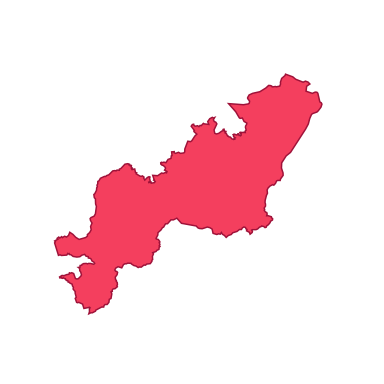 Nhu Thanh, Thanh Hóa, Vietnam, rotated 244°
{"feature_id": "81297802B85505749224324", "entity_name": "Nhu Thanh", "entity_type": "district", "adm_level": 2, "iso_a3": "VNM", "parent_name": "Vietnam", "parent_adm1": "Thanh Hóa", "projection": "natural_earth1", "projection_center": [105.557, 19.588], "detail": "fine", "context": "isolated", "style": "filled", "palette": "rose", "viewbox_px": 384, "rotation_deg": 244, "n_neighbors": 0, "source": "geoboundaries", "source_scale": "gbopen_adm2", "svg_char_len": 6011}
<svg xmlns="http://www.w3.org/2000/svg" viewBox="0 0 384 384"><g transform="rotate(244 192 192)"><path d="M214.0,347.3L215.5,347.3L217.0,346.4L225.6,348.4L226.9,348.0L227.8,346.5L227.9,343.4L232.6,338.7L236.8,341.4L237.4,345.3L239.9,344.5L241.9,342.6L242.0,340.0L247.9,334.6L251.3,333.1L256.9,327.7L255.9,326.7L254.8,322.4L251.9,319.6L250.2,318.9L248.7,317.3L249.6,313.8L250.3,313.2L251.0,310.9L251.5,310.1L252.3,310.1L253.4,309.0L254.2,307.6L253.1,303.9L252.4,296.9L254.1,289.8L254.2,285.9L252.5,283.4L251.6,283.0L248.4,283.6L246.7,282.4L246.5,281.2L247.9,276.5L255.4,263.6L244.9,266.5L238.1,267.0L237.1,267.5L236.4,269.7L232.6,269.7L229.9,271.5L228.8,270.7L227.8,269.1L226.8,268.4L223.9,267.8L223.4,266.4L222.2,266.0L222.7,265.5L222.6,264.8L223.1,264.5L223.6,262.7L224.3,262.2L224.5,261.1L223.5,261.0L223.3,261.8L222.7,261.7L221.8,261.2L221.8,260.4L221.3,260.5L221.3,260.0L222.2,259.7L222.3,259.1L224.0,259.2L224.2,258.7L223.5,257.4L225.6,255.2L225.5,254.0L224.3,254.2L223.5,253.6L221.7,254.6L221.5,253.1L220.8,253.4L220.9,252.5L222.4,251.1L224.5,250.6L225.3,249.4L226.4,249.1L226.6,248.5L229.2,248.5L230.6,247.7L230.7,248.4L231.4,248.4L231.6,248.9L232.2,248.0L234.5,248.3L234.6,247.3L233.4,246.9L233.7,245.5L233.0,241.7L233.5,239.3L234.8,238.2L238.1,239.0L242.3,244.2L244.3,244.0L245.6,242.9L247.6,242.9L249.0,245.0L249.1,243.7L250.2,243.0L250.1,240.1L248.4,237.0L245.4,236.7L247.9,232.8L248.7,232.3L247.6,229.4L248.3,228.5L247.7,226.9L249.1,226.1L249.7,223.7L251.1,223.0L252.2,223.2L252.5,221.9L251.5,220.1L246.3,221.1L246.0,220.4L245.3,220.3L241.9,221.7L241.1,219.2L238.1,214.2L237.9,212.8L239.5,210.5L233.8,204.4L231.2,203.0L230.7,201.8L231.8,198.5L233.6,197.3L233.9,194.2L235.2,193.1L236.1,193.7L237.0,191.3L233.5,190.0L233.6,189.3L231.4,187.8L231.8,184.8L229.8,181.4L231.1,179.9L231.5,178.0L232.1,177.6L232.0,176.7L230.8,176.2L229.3,176.8L228.3,177.9L225.7,178.8L224.6,178.4L223.7,176.9L221.4,178.5L220.4,177.5L221.2,176.7L221.3,174.3L222.4,173.0L221.7,168.3L224.2,164.0L220.1,163.4L219.6,162.8L219.3,163.3L218.8,163.0L217.6,163.6L216.9,162.3L217.8,159.2L218.9,159.6L219.4,157.3L219.9,157.4L219.8,159.1L223.1,160.0L223.8,160.8L224.6,160.1L224.6,158.2L223.4,154.8L225.8,154.7L226.4,155.4L228.2,154.5L228.3,153.4L229.0,152.3L232.8,149.8L233.5,150.7L234.4,149.8L237.8,150.6L238.4,147.9L239.5,147.8L239.7,148.8L241.3,148.3L242.2,149.1L242.9,148.8L243.0,147.8L243.7,147.9L244.1,147.3L244.5,147.8L245.6,146.7L246.4,143.9L244.3,138.4L244.4,136.8L243.4,136.2L244.6,134.2L244.3,133.0L245.1,132.0L245.7,130.0L243.9,124.8L244.2,122.4L243.8,121.2L244.4,120.1L244.5,115.7L242.8,113.2L242.8,112.0L240.6,110.8L239.8,109.6L238.3,109.3L237.6,108.2L235.4,106.9L233.1,103.9L232.8,102.7L229.7,101.7L228.2,102.2L223.5,100.1L221.0,99.8L214.7,95.6L213.2,93.4L213.3,90.0L212.8,88.8L211.0,88.3L207.9,88.5L205.4,85.7L202.2,84.8L200.4,82.2L199.6,79.3L198.1,78.6L197.7,76.4L198.9,69.7L202.3,67.6L206.1,66.4L209.4,64.5L207.1,62.0L206.5,59.5L208.1,58.1L207.8,55.6L209.0,55.3L208.6,53.0L209.9,52.5L209.5,50.5L208.4,50.9L208.2,47.1L207.2,47.4L206.5,46.2L193.6,44.2L193.4,45.9L192.2,46.8L190.2,51.8L191.2,53.4L190.6,53.6L190.5,54.6L189.5,54.4L188.7,55.7L186.2,56.9L184.0,60.0L183.0,62.9L183.5,65.4L183.0,68.2L180.8,68.6L179.4,70.4L178.1,69.9L177.1,71.3L176.1,71.9L173.7,71.9L172.1,73.0L170.6,73.3L170.1,72.0L172.2,69.6L173.2,67.7L173.2,66.6L174.2,65.6L175.2,63.1L175.1,61.3L174.5,60.7L175.0,59.2L173.5,58.3L174.0,56.8L172.6,57.5L170.4,56.6L168.9,56.9L165.9,56.3L165.0,55.0L163.9,51.6L164.4,50.2L165.4,49.3L170.6,49.9L172.2,48.5L172.2,47.4L173.1,46.4L172.0,45.3L172.7,43.2L172.9,40.3L174.0,38.6L173.7,35.7L172.9,35.6L173.1,36.8L173.1,37.7L173.0,36.4L172.3,36.4L171.1,37.9L171.4,38.7L169.7,39.7L169.6,40.2L168.3,40.1L167.2,40.7L166.9,41.5L165.3,41.2L165.0,41.9L163.7,42.3L161.6,43.9L160.2,43.4L158.3,43.6L156.9,42.6L153.5,43.4L152.6,42.7L148.1,41.8L147.6,40.4L143.4,39.9L142.7,40.5L142.4,41.9L139.2,44.5L134.7,43.8L133.3,49.4L132.6,49.6L132.6,48.9L129.3,47.3L127.8,45.9L127.8,48.1L127.1,49.5L127.2,53.0L128.0,53.8L128.2,60.4L127.3,62.2L128.5,63.2L129.0,64.4L128.1,66.5L129.3,69.0L131.8,70.6L131.8,72.5L135.6,75.3L137.7,75.4L137.6,76.8L138.6,77.1L139.4,78.4L139.3,79.6L138.8,80.2L139.6,83.4L140.7,83.4L141.3,84.3L143.3,85.1L145.1,84.8L145.7,85.3L146.8,84.9L149.1,85.7L150.5,88.4L152.4,89.9L153.7,89.5L154.1,88.7L155.7,88.4L157.0,90.0L157.3,92.8L154.6,95.6L156.8,98.6L156.9,100.3L156.3,101.3L156.2,103.1L154.6,106.0L153.9,106.0L151.4,107.5L150.0,109.2L147.7,110.5L147.7,111.7L146.7,113.5L147.4,116.7L146.6,118.2L147.1,119.6L145.9,123.1L147.2,125.5L148.2,126.0L148.5,127.0L151.5,128.2L153.3,130.3L154.7,130.1L154.3,133.6L155.0,134.9L154.9,137.1L157.0,138.5L157.0,139.3L158.2,139.1L158.8,140.1L160.9,140.4L161.1,141.2L161.7,141.3L164.1,140.9L165.4,139.3L166.1,139.4L168.3,142.4L170.4,143.6L171.5,147.5L172.9,149.8L172.9,151.1L175.0,154.2L174.2,156.1L176.2,160.9L175.1,163.2L175.1,166.9L168.5,168.8L159.6,180.9L157.2,181.6L156.0,182.6L154.5,185.1L153.8,190.4L152.0,192.5L149.8,193.8L145.6,192.8L142.9,195.7L142.8,197.5L141.7,198.9L142.7,200.7L140.7,200.8L138.7,202.1L136.2,202.8L137.0,205.6L136.6,208.6L137.5,210.8L136.8,215.2L137.5,218.2L136.6,220.0L137.7,221.6L137.8,223.3L136.7,224.5L135.1,224.4L134.3,225.0L133.2,224.0L130.6,225.9L128.6,225.7L129.2,228.3L130.2,229.1L131.6,228.9L131.7,229.7L130.1,233.0L130.0,234.8L130.8,237.2L130.6,238.8L130.9,239.7L129.5,241.4L128.0,242.0L127.8,243.2L128.8,244.3L129.1,246.3L130.2,248.7L131.3,249.8L131.5,252.0L132.0,252.4L132.8,252.8L133.9,252.2L135.0,252.5L137.5,249.8L137.9,248.7L139.3,249.9L140.8,250.2L141.7,249.3L143.8,248.9L144.5,249.7L145.9,249.8L147.1,251.9L149.0,252.8L150.5,253.0L152.4,254.1L156.3,257.4L157.8,259.3L160.9,260.4L162.3,262.2L163.2,264.9L163.2,267.8L162.3,268.5L162.4,269.0L163.2,270.9L164.9,272.9L164.8,274.2L163.7,276.3L164.9,277.3L167.0,281.2L169.3,282.2L174.3,282.9L178.9,285.4L183.2,292.5L184.4,297.9L198.7,321.6L202.1,326.3L206.4,330.0L209.3,333.4L209.6,334.8L209.1,339.4L209.6,341.0L211.7,345.1L214.0,347.3Z" fill="#f43f5e" stroke="#9f1239" stroke-width="1.5"/></g></svg>